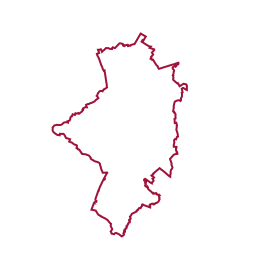 Chislaz, Bihor, Romania (Mercator projection), rotated 140°
{"feature_id": "2599482B30270529451593", "entity_name": "Chislaz", "entity_type": "district", "adm_level": 2, "iso_a3": "ROU", "parent_name": "Romania", "parent_adm1": "Bihor", "projection": "mercator", "projection_center": [22.253, 47.272], "detail": "fine", "context": "isolated", "style": "outline", "palette": "rose", "viewbox_px": 256, "rotation_deg": 140, "n_neighbors": 0, "source": "geoboundaries", "source_scale": "gbopen_adm2", "svg_char_len": 5731}
<svg xmlns="http://www.w3.org/2000/svg" viewBox="0 0 256 256"><g transform="rotate(140 128 128)"><path d="M93.5,203.4L96.1,203.1L96.7,203.3L99.0,203.1L98.2,205.8L99.4,206.2L100.7,207.2L101.9,204.0L104.2,204.8L104.8,203.3L105.5,200.1L108.2,193.0L108.6,191.2L109.4,189.5L109.8,187.2L109.0,187.1L115.5,176.5L116.1,175.3L117.3,173.8L117.9,172.6L119.9,172.7L122.0,173.2L122.2,172.9L123.6,172.7L123.9,172.5L124.4,173.3L125.4,174.2L126.3,174.4L129.0,173.8L130.6,172.8L131.4,172.7L131.3,170.6L131.5,169.9L134.7,170.1L136.6,169.9L137.9,170.1L138.2,170.3L139.6,170.6L141.3,171.4L142.6,171.5L143.0,171.9L144.2,172.5L145.3,172.7L146.2,170.3L147.2,171.3L149.5,171.9L150.2,171.7L150.3,171.2L151.0,171.3L151.2,170.5L151.8,170.6L152.4,170.3L154.6,170.3L156.4,170.4L156.4,171.5L158.1,171.9L158.8,173.1L160.0,172.5L160.3,172.2L161.6,174.1L163.2,173.1L163.4,173.4L165.4,173.1L166.5,171.9L167.2,171.7L167.8,171.2L170.0,172.0L170.1,171.3L170.5,170.7L171.2,171.8L172.9,173.0L173.9,173.4L176.2,173.2L177.3,173.5L178.9,174.5L180.1,175.8L180.7,176.3L182.9,177.3L185.5,176.8L185.6,176.5L187.3,174.6L187.6,173.5L187.7,172.4L187.1,169.7L186.6,168.1L185.9,167.6L185.8,167.2L185.0,166.3L183.8,167.3L182.7,166.1L181.4,165.3L181.2,164.7L181.1,164.2L181.4,162.3L181.9,160.2L181.7,159.7L181.0,159.0L180.1,157.2L179.6,156.6L181.8,155.4L181.2,154.2L180.4,153.1L180.0,151.0L179.6,149.6L178.6,148.3L178.4,147.4L180.2,145.7L179.7,145.4L179.8,144.6L180.1,144.3L180.1,144.0L179.8,143.7L179.3,142.9L179.3,142.5L179.3,142.1L179.5,141.9L179.4,141.0L179.6,140.0L179.5,139.6L179.8,138.9L179.6,138.6L179.8,137.8L179.6,137.7L179.6,137.4L177.3,135.0L175.6,131.9L175.7,129.1L176.3,128.6L176.1,127.3L175.2,125.3L175.2,124.5L172.9,121.0L172.5,119.8L172.5,118.7L173.4,117.3L173.7,116.1L174.9,113.8L176.1,109.9L172.7,107.4L172.7,107.0L173.7,106.8L178.1,105.0L178.7,104.6L178.4,103.9L179.1,103.6L179.4,104.5L187.0,101.1L190.4,99.3L190.6,98.8L191.0,99.0L191.6,98.7L198.5,94.6L199.0,94.0L199.3,93.2L199.8,92.9L199.7,92.7L199.5,92.9L199.1,92.3L199.7,91.9L200.1,92.5L199.9,92.6L200.0,92.8L200.5,92.5L202.0,92.6L202.3,92.4L202.3,92.1L202.5,92.3L208.5,88.9L205.8,85.5L206.5,80.8L205.4,77.9L205.6,77.8L203.4,72.8L202.8,70.4L202.9,66.5L202.6,65.5L204.2,64.2L205.1,60.6L207.8,59.8L207.9,58.7L208.5,57.7L206.9,55.6L205.5,55.7L204.6,55.3L203.3,52.7L202.5,49.0L202.0,48.9L201.7,49.1L201.2,48.8L199.9,48.8L199.3,49.3L199.2,50.3L198.4,50.6L197.8,51.1L197.5,51.1L197.3,50.4L196.8,50.6L196.6,51.1L196.7,52.0L196.1,52.3L195.4,51.9L194.5,52.6L193.6,52.2L193.0,52.6L192.4,53.7L191.7,53.4L191.1,54.0L189.8,54.2L189.3,54.8L188.6,54.8L187.8,55.1L187.3,54.6L187.1,54.7L186.3,55.6L186.5,56.4L186.4,56.8L186.1,57.0L184.8,56.7L184.3,56.8L184.0,57.0L183.8,58.3L183.5,58.9L182.6,58.8L180.3,59.8L175.0,58.5L174.4,59.2L174.0,59.2L173.3,58.8L172.9,59.2L172.0,59.1L171.3,59.5L170.7,59.4L170.1,58.7L169.7,58.6L169.2,58.6L168.5,59.2L167.5,59.2L167.1,59.4L166.8,60.1L166.3,60.3L165.8,60.0L165.7,59.2L165.5,58.9L162.1,52.9L161.4,53.7L161.5,54.2L160.7,54.7L160.8,55.2L160.6,55.3L160.0,54.8L159.2,54.9L158.2,54.6L157.9,54.3L157.8,53.8L157.4,53.7L157.5,53.0L157.4,52.8L156.7,52.9L156.3,52.6L155.2,52.8L154.3,52.2L152.6,52.0L150.9,52.4L150.2,53.0L149.5,53.2L149.4,54.0L148.6,54.5L148.5,55.4L148.0,55.6L147.9,55.9L147.1,56.0L147.4,56.5L147.2,56.9L147.9,57.2L147.9,57.8L148.7,58.7L148.7,59.1L148.3,59.3L148.2,59.8L148.4,60.2L149.8,60.6L150.0,60.8L150.3,62.2L150.5,62.3L151.0,62.0L151.2,64.9L151.8,68.0L151.5,68.9L151.0,69.5L150.7,70.9L151.8,71.0L151.8,71.9L152.0,72.7L151.8,73.1L150.4,73.4L150.2,73.9L150.3,74.6L150.2,75.1L149.8,75.3L149.1,74.9L148.2,75.5L148.0,77.0L148.3,77.2L149.3,77.2L149.4,77.4L149.0,78.0L148.5,78.2L147.5,78.0L146.6,74.7L146.0,72.0L145.3,70.2L144.5,70.9L142.9,70.9L142.2,71.3L141.8,73.4L141.1,73.1L140.6,73.3L139.9,73.3L140.0,74.9L140.6,76.1L140.6,76.5L137.9,76.4L137.6,76.6L137.6,76.9L129.6,76.9L129.3,74.9L129.1,74.7L128.4,71.2L127.4,64.7L127.0,63.5L126.3,64.3L125.2,65.3L124.7,65.5L123.4,67.2L122.2,68.1L119.9,68.8L119.3,69.2L118.1,72.3L117.5,72.7L117.2,73.3L115.7,77.3L110.2,78.1L108.6,77.6L106.8,76.4L106.0,77.7L106.2,78.1L105.8,78.3L105.8,79.2L105.5,80.2L103.7,82.2L103.5,81.9L103.0,82.4L105.0,84.2L104.2,85.3L101.7,87.2L100.9,88.7L100.5,89.0L99.2,89.3L98.5,88.4L96.2,89.7L95.2,89.3L93.4,92.2L92.1,95.6L90.1,97.3L89.5,98.3L89.0,98.3L88.5,99.0L87.6,101.0L89.0,101.7L86.5,105.1L85.6,104.7L85.3,104.9L83.7,107.0L82.8,107.8L82.7,108.2L82.7,110.8L82.3,110.5L82.1,112.3L79.4,114.6L78.8,115.6L75.4,118.0L74.6,118.0L73.1,117.6L71.1,116.6L70.6,115.8L70.5,115.0L69.7,115.1L68.3,116.7L66.5,117.4L65.4,118.6L64.8,119.5L64.2,120.0L64.1,120.4L63.3,120.2L61.5,123.6L60.0,123.3L59.4,121.7L59.1,120.7L58.5,119.3L55.9,122.3L55.9,122.7L55.6,122.9L55.3,123.9L57.0,126.2L61.6,126.8L61.4,128.2L61.1,128.8L61.0,129.3L61.3,129.8L61.0,130.5L61.7,130.8L62.4,135.8L62.1,136.4L60.9,137.2L60.8,137.7L60.3,138.5L59.6,138.9L59.8,139.6L58.4,140.2L56.9,141.7L55.9,142.1L55.6,143.0L55.6,144.8L54.7,145.8L54.0,145.5L52.0,145.6L51.6,145.3L51.9,144.4L51.2,144.4L50.7,145.4L50.4,145.6L49.9,145.4L49.6,144.9L48.5,144.5L48.0,144.8L47.5,145.6L50.2,146.8L51.1,146.9L52.5,147.7L66.2,153.4L66.4,153.7L65.8,155.9L65.6,156.0L65.8,158.2L64.9,164.3L65.7,164.6L65.7,165.3L66.2,166.4L64.9,166.7L64.6,167.1L64.7,167.6L61.5,168.1L61.2,170.4L57.7,170.9L57.4,171.4L59.9,175.4L58.2,175.7L59.4,177.1L62.1,185.4L60.3,186.0L60.0,185.1L55.6,186.6L57.6,192.2L69.0,188.1L71.1,189.2L72.5,189.7L73.0,189.5L73.1,189.9L74.9,190.4L75.3,190.7L74.6,191.4L74.6,191.7L74.9,192.1L76.5,192.9L78.3,193.2L78.3,193.4L77.6,193.5L77.8,194.3L78.5,193.8L78.8,194.3L78.6,194.6L77.9,195.1L78.0,195.9L78.6,196.5L78.9,197.2L80.1,198.3L86.6,197.6L87.0,197.8L87.7,199.6L89.0,199.4L89.5,198.8L91.1,200.3L91.6,201.7L93.5,203.4Z" fill="none" stroke="#9f1239" stroke-width="2"/></g></svg>